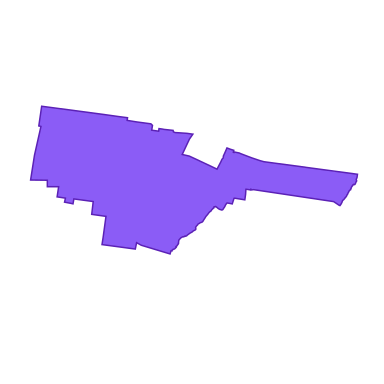 Bacalar, Quintana Roo, Mexico (orthographic projection), rotated 8°
{"feature_id": "50627088B87487449340620", "entity_name": "Bacalar", "entity_type": "district", "adm_level": 2, "iso_a3": "MEX", "parent_name": "Mexico", "parent_adm1": "Quintana Roo", "projection": "orthographic", "projection_center": [-88.163, 18.929], "detail": "fine", "context": "isolated", "style": "filled", "palette": "violet", "viewbox_px": 384, "rotation_deg": 8, "n_neighbors": 0, "source": "geoboundaries", "source_scale": "gbopen_adm2", "svg_char_len": 5237}
<svg xmlns="http://www.w3.org/2000/svg" viewBox="0 0 384 384"><g transform="rotate(8 192 192)"><path d="M30.5,202.6L47.1,200.5L48.0,206.9L59.2,205.3L59.1,215.6L67.5,215.7L67.5,216.2L67.2,219.8L73.5,220.1L75.8,220.3L76.0,215.3L93.0,215.2L95.5,215.2L95.8,228.1L109.1,228.1L110.2,228.1L110.3,249.3L110.2,256.6L143.8,256.4L144.2,249.9L149.2,251.8L178.9,256.4L179.4,253.2L180.4,253.1L180.4,252.9L180.5,252.6L180.4,252.4L180.5,252.3L180.6,252.2L180.9,252.0L181.1,251.8L181.2,251.7L181.3,251.6L181.3,251.4L182.4,250.9L182.5,250.9L182.7,250.7L182.9,250.5L183.0,250.4L183.2,250.1L183.6,249.6L183.8,249.2L184.0,249.0L184.1,248.9L184.0,248.7L183.7,248.5L183.7,248.4L183.8,248.4L184.0,248.1L184.3,247.7L184.5,247.6L184.7,247.3L184.8,247.0L184.8,246.8L185.0,246.5L185.1,246.4L185.3,245.8L185.5,245.7L185.6,245.4L185.8,244.9L185.8,244.7L185.8,244.4L185.6,244.3L185.7,243.3L185.7,242.9L185.6,242.7L185.6,242.4L185.7,242.1L185.6,241.8L185.7,241.6L185.7,241.4L185.8,241.3L186.1,240.8L186.3,240.5L186.3,240.4L186.5,240.2L186.9,239.6L187.0,239.4L187.3,239.1L187.4,238.9L187.5,238.8L188.0,238.5L188.9,237.7L189.4,237.5L189.9,237.4L190.0,237.5L190.1,237.4L190.4,237.3L190.5,237.3L190.6,237.2L190.9,236.9L191.0,236.7L191.3,236.5L191.5,236.5L191.8,236.7L192.0,236.6L192.3,236.4L192.7,236.2L193.0,235.9L193.1,235.7L193.3,235.4L193.6,235.1L193.8,234.9L194.1,234.6L194.7,234.0L195.2,233.6L195.6,233.2L195.9,232.9L196.3,232.6L197.0,232.1L197.3,231.9L197.8,231.5L198.1,231.1L198.5,230.6L198.7,230.4L199.3,229.9L199.9,229.6L200.7,228.9L200.9,228.6L200.9,228.3L200.9,228.0L200.8,227.4L200.5,226.9L200.6,226.5L200.6,226.2L200.8,225.8L201.0,225.4L201.2,225.0L201.8,224.2L202.0,224.0L202.0,223.9L202.2,223.6L202.3,223.2L202.5,222.9L203.0,222.5L203.3,222.3L203.4,222.2L203.6,222.1L204.1,221.6L204.6,221.2L205.3,220.9L206.1,220.4L206.3,220.3L206.5,220.1L206.7,219.7L207.0,219.3L207.2,218.6L207.8,217.4L207.9,217.1L208.0,216.9L208.5,215.9L208.6,215.6L208.8,215.2L209.0,214.6L209.1,214.4L209.2,214.2L209.4,213.9L209.6,213.7L209.9,213.1L210.3,212.6L210.6,212.1L210.8,211.7L211.0,211.4L211.4,210.5L211.6,210.3L212.2,209.3L212.7,208.8L212.8,208.7L213.0,208.7L213.5,208.1L213.7,207.5L213.8,207.4L213.9,207.1L214.3,206.4L214.5,206.2L214.9,205.8L214.9,205.6L215.0,205.5L215.2,205.3L215.3,205.0L215.4,204.9L215.5,204.8L215.8,204.8L215.9,204.6L215.8,204.4L215.8,204.0L215.8,203.9L215.9,203.6L216.0,203.5L216.3,203.4L216.5,203.4L216.8,203.4L217.0,203.4L217.2,203.1L217.3,203.1L217.6,203.1L218.1,203.5L218.3,203.5L219.2,204.0L219.7,204.4L220.5,204.8L221.1,205.1L221.3,205.2L221.6,205.3L222.1,205.4L222.6,205.5L223.0,205.5L223.3,205.6L223.7,205.7L224.0,205.7L224.5,205.5L224.7,205.4L224.9,205.2L225.0,205.1L225.1,204.9L225.6,203.8L225.8,203.4L225.9,203.1L226.1,202.8L226.4,202.2L226.5,201.9L226.5,201.7L226.8,201.1L226.8,200.8L226.8,200.6L227.1,200.1L227.1,199.8L227.6,199.1L227.8,198.6L228.0,198.2L228.3,198.0L230.2,198.0L233.5,198.2L234.5,192.4L235.3,192.2L245.4,192.4L245.4,186.9L245.0,181.8L245.9,181.7L249.6,181.8L249.7,181.1L250.0,181.1L250.1,181.8L252.7,181.1L333.6,181.8L339.8,184.8L340.5,184.8L340.7,184.3L340.7,184.2L340.8,184.0L340.8,183.9L340.9,183.7L341.0,183.7L341.1,183.4L341.3,183.2L341.4,182.9L341.5,182.8L341.5,182.7L341.7,182.0L341.9,181.6L342.0,181.1L342.0,180.8L342.1,180.6L342.2,180.2L342.3,179.4L342.7,179.1L342.9,178.9L343.1,178.7L343.4,178.3L343.4,178.2L343.5,178.1L343.7,177.8L343.8,177.7L344.0,177.3L344.1,177.1L344.2,176.9L344.3,176.8L344.3,176.6L344.5,176.5L344.6,176.3L344.6,176.2L344.8,176.0L344.9,175.8L344.9,175.7L345.0,175.6L345.2,175.4L345.3,175.2L345.6,174.5L345.7,174.3L345.7,173.8L345.8,173.5L346.0,173.3L346.1,173.1L346.3,172.9L346.3,172.7L346.4,172.3L346.4,172.2L346.5,172.0L346.6,171.7L346.7,171.2L346.8,171.0L346.9,170.6L347.1,170.4L347.2,169.8L347.4,169.3L347.5,169.1L347.7,168.8L347.7,168.7L347.9,168.5L348.0,168.4L348.3,168.0L348.3,167.9L348.5,167.8L348.7,167.6L348.7,167.4L348.8,167.4L348.8,167.2L348.8,166.9L348.9,166.7L348.9,166.4L349.1,166.2L349.1,165.6L349.1,165.4L349.2,165.2L349.3,165.0L349.4,164.6L349.6,164.4L349.7,163.9L350.0,163.7L350.0,163.3L350.1,163.2L350.3,163.1L350.3,162.9L350.4,162.6L350.5,162.6L350.7,162.4L350.9,162.0L351.1,162.0L351.9,162.1L352.1,162.0L352.2,161.8L352.4,161.6L352.4,161.4L352.5,161.2L352.6,160.9L352.7,160.6L352.8,160.4L352.8,160.1L352.9,159.7L353.0,159.6L353.0,159.4L353.0,159.2L353.2,158.8L353.3,158.7L353.5,158.3L353.5,158.2L353.4,158.0L353.4,157.9L353.4,157.7L353.1,157.3L353.0,157.1L352.9,156.7L353.0,156.1L353.1,155.8L353.2,155.6L353.2,155.4L353.4,154.7L353.4,153.9L353.4,152.9L353.4,152.6L353.4,152.3L353.4,151.4L259.1,152.0L255.1,151.5L246.6,149.9L243.0,149.1L234.7,147.2L233.4,146.8L228.6,146.5L228.3,147.0L227.7,147.0L227.6,146.8L227.4,146.8L227.6,144.9L223.5,144.2L220.5,143.5L219.0,148.9L218.0,152.2L218.2,152.6L218.1,154.0L217.2,155.3L216.6,157.2L216.6,157.4L213.6,165.9L198.0,161.0L196.3,160.5L194.5,159.9L184.3,156.8L177.1,156.2L180.2,146.1L182.1,140.0L184.8,134.6L178.9,134.6L170.6,135.2L167.0,135.5L165.2,135.0L164.7,133.6L155.5,133.9L154.0,133.8L150.5,133.8L150.5,136.4L143.5,136.4L143.6,131.5L141.8,130.2L127.4,130.3L117.8,130.1L117.8,127.4L108.5,127.5L97.7,127.5L31.2,128.0L31.1,147.9L33.3,148.1L30.9,177.4L30.5,202.6Z" fill="#8b5cf6" stroke="#5b21b6" stroke-width="1.5"/></g></svg>